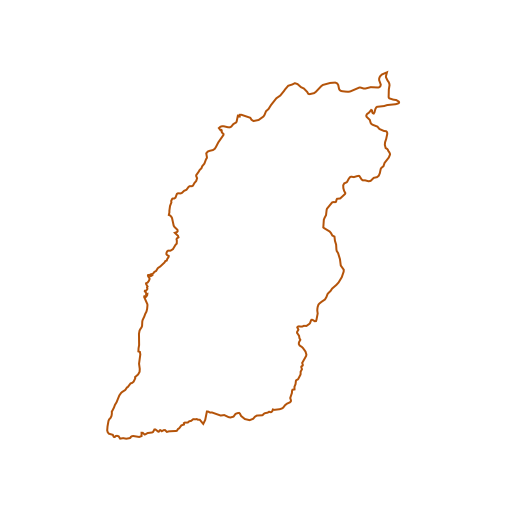 outline of Shanxi, rotated 12°
{"feature_id": "CHN-1805", "entity_name": "Shanxi", "entity_type": "Province", "adm_level": 1, "iso_a3": "CHN", "parent_name": "China", "parent_adm1": "", "projection": "equal_earth", "projection_center": [112.547, 37.663], "detail": "fine", "context": "isolated", "style": "outline", "palette": "amber", "viewbox_px": 512, "rotation_deg": 12, "n_neighbors": 0, "source": "natural_earth", "source_scale": "10m", "svg_char_len": 6085}
<svg xmlns="http://www.w3.org/2000/svg" viewBox="0 0 512 512"><g transform="rotate(12 256 256)"><path d="M345.9,49.1L345.7,53.0L346.0,54.2L348.2,57.0L349.7,58.4L350.6,59.8L351.1,61.2L351.3,65.5L352.7,73.0L353.1,73.7L353.7,74.1L357.7,74.5L360.8,74.3L363.6,75.3L364.0,75.9L364.0,76.5L363.1,77.4L361.0,78.5L352.9,81.1L350.1,82.7L343.4,84.9L342.7,85.7L342.2,87.4L342.0,90.9L341.5,92.2L340.5,92.0L339.8,91.2L339.2,89.5L338.3,89.2L336.7,92.3L335.2,93.9L334.8,94.9L334.7,96.0L335.3,96.9L339.0,99.2L340.5,102.0L341.5,102.9L342.9,103.4L347.9,104.2L350.3,106.1L355.1,107.1L357.3,106.9L358.1,107.3L358.8,108.4L359.0,109.4L359.0,114.4L358.6,117.9L358.9,120.5L360.4,123.5L361.8,123.9L362.7,124.5L363.8,126.0L364.7,126.7L365.7,128.0L366.0,128.9L365.4,132.1L362.4,138.2L362.0,141.7L360.4,143.6L359.9,144.9L359.9,149.2L359.4,151.9L358.0,153.7L354.9,155.1L352.5,158.7L350.6,159.5L347.0,159.3L344.8,159.8L343.4,159.2L340.5,156.3L340.0,156.2L338.2,156.9L335.3,158.5L332.6,158.6L331.5,159.4L330.6,161.4L329.7,164.5L329.3,165.1L327.2,166.6L326.6,168.7L327.3,171.4L328.6,173.9L330.3,175.9L330.2,176.8L326.4,182.2L323.4,183.2L323.1,184.0L323.0,186.3L322.4,186.8L320.4,187.2L319.3,187.8L315.6,195.0L315.5,196.2L316.0,201.5L315.2,204.2L314.8,206.3L315.9,214.1L316.9,214.6L322.9,216.7L324.5,217.9L326.4,220.1L328.7,220.7L330.1,224.8L332.0,228.2L333.3,232.9L333.9,234.3L335.7,236.1L338.8,241.7L340.9,247.7L344.7,251.2L345.0,253.1L344.3,258.9L342.3,264.7L340.6,267.6L337.2,272.1L336.2,274.7L334.5,277.2L333.9,278.3L333.4,281.5L332.5,284.2L329.6,287.2L327.9,289.3L327.2,290.5L326.9,293.1L327.0,294.8L327.3,296.7L328.3,299.4L328.3,300.4L328.4,305.7L328.2,307.2L327.0,307.6L324.5,306.7L323.5,306.9L323.2,307.6L322.8,310.4L322.3,311.3L319.9,313.9L317.2,314.4L316.1,315.3L314.7,315.7L312.5,315.9L311.5,316.5L311.2,317.2L312.8,319.3L312.0,321.6L312.1,322.6L314.7,325.1L315.6,327.4L316.8,328.8L316.1,331.0L316.0,332.0L316.2,333.2L317.3,334.5L319.7,335.4L321.1,336.3L324.3,339.2L325.8,342.0L325.8,343.4L323.4,351.0L324.5,352.9L324.3,353.7L323.5,354.4L323.3,355.1L324.5,357.2L323.7,359.9L324.2,362.3L324.1,363.1L322.9,367.4L322.6,368.0L321.3,369.0L321.0,369.7L321.3,373.1L320.8,375.9L321.4,378.5L319.5,379.2L319.3,380.6L319.6,382.5L319.0,387.8L320.2,389.9L320.3,391.0L319.6,392.1L317.0,394.0L315.5,395.8L314.1,398.7L313.0,399.8L311.1,400.9L305.9,402.7L304.4,402.6L304.2,404.4L303.4,405.5L302.4,405.8L301.2,405.6L300.0,406.8L297.6,407.8L296.5,408.7L295.6,410.2L295.2,410.5L290.0,411.9L288.3,413.5L287.1,415.8L283.9,417.9L279.0,417.8L274.7,415.6L273.0,413.5L272.1,413.0L270.5,413.6L268.8,414.7L267.4,417.8L264.5,419.3L262.6,419.3L258.0,418.2L254.6,419.4L245.4,418.2L243.7,418.7L241.4,418.1L240.3,418.3L240.4,426.9L239.3,431.2L235.1,427.9L232.9,428.2L232.0,427.8L231.2,428.2L228.5,428.7L226.8,430.8L225.1,431.5L223.9,433.1L220.9,433.8L220.2,434.5L220.6,435.8L218.2,437.2L216.7,440.5L215.7,441.4L215.0,443.3L214.4,443.7L207.3,445.6L205.4,446.6L203.2,445.2L202.0,445.5L200.2,447.0L198.8,446.2L198.2,446.4L197.5,448.0L197.0,448.2L193.7,446.6L192.7,446.8L191.9,449.5L191.1,450.2L186.8,451.7L184.9,453.4L184.1,453.8L182.0,452.5L180.8,452.7L181.5,455.9L179.4,457.3L173.3,457.6L172.1,458.1L171.2,458.9L170.9,460.0L170.3,460.4L167.1,461.7L163.9,461.8L161.1,462.9L159.1,460.9L157.4,460.8L156.3,461.2L155.5,462.4L154.9,462.6L154.3,462.3L153.1,460.7L149.0,460.4L147.6,459.2L146.7,457.5L146.2,453.6L146.0,448.0L146.3,446.4L147.4,444.6L147.9,442.5L147.8,440.3L147.3,438.1L147.7,437.1L148.6,433.7L149.0,430.9L150.0,428.1L151.3,420.8L152.5,418.0L153.3,416.9L156.0,414.2L157.1,411.4L157.8,410.9L159.8,406.7L161.2,405.9L162.4,404.4L163.3,400.8L162.9,399.6L165.3,396.4L166.2,393.5L165.8,390.7L164.0,385.7L163.3,376.3L162.4,374.0L160.8,373.8L160.3,370.6L160.2,367.5L157.7,356.4L157.6,353.4L157.9,352.0L158.9,349.5L159.1,348.1L158.4,343.8L158.4,342.3L159.3,338.5L159.7,335.6L160.4,333.2L160.5,330.4L160.1,326.9L159.8,325.8L155.1,319.3L155.2,318.6L156.7,319.0L157.2,318.3L157.7,316.8L157.6,315.7L156.5,316.3L156.3,314.9L156.5,314.9L155.5,314.4L154.5,313.5L154.6,313.1L155.5,313.0L156.4,311.4L156.6,310.7L155.9,309.3L156.3,308.4L154.5,306.5L154.1,305.6L155.5,304.5L156.4,302.5L156.7,300.5L156.1,299.6L155.0,298.6L154.4,297.8L154.4,297.1L155.2,296.8L157.2,297.6L158.1,296.8L156.7,296.4L156.7,295.9L158.9,294.8L159.9,292.7L161.4,291.4L162.4,288.5L162.9,287.8L164.5,286.2L167.9,281.3L168.4,279.7L169.5,279.2L169.7,278.7L169.8,277.4L170.7,275.2L170.7,274.2L168.6,273.4L167.9,272.7L167.8,271.5L168.1,270.0L169.0,269.0L171.2,268.6L173.3,266.6L175.0,261.7L175.9,260.4L175.4,257.5L174.8,256.2L174.9,255.3L176.3,253.9L175.5,252.5L171.8,250.2L173.8,248.9L174.2,248.0L173.7,246.7L170.3,244.6L169.2,243.5L166.0,236.4L165.4,235.6L163.8,234.3L162.2,234.0L162.2,230.9L161.9,230.2L161.5,224.9L162.1,221.2L161.6,219.8L162.2,217.4L162.5,217.1L164.0,216.8L165.1,215.7L165.7,211.7L166.3,211.1L167.0,210.8L169.2,210.5L170.4,209.7L172.1,207.2L174.2,205.7L175.7,202.4L176.6,201.5L178.7,201.1L179.7,200.3L180.6,197.4L181.9,195.1L182.2,192.1L180.9,190.3L180.7,189.4L182.4,185.5L183.0,183.6L184.4,181.5L184.7,179.4L186.3,176.4L187.0,171.8L187.5,170.6L187.5,169.7L186.0,165.9L187.1,163.9L188.5,162.9L191.9,161.3L193.4,159.7L194.2,157.5L195.5,152.7L199.0,144.4L198.9,143.5L196.9,142.2L196.4,140.5L196.0,139.9L195.2,140.4L193.1,138.6L194.4,136.9L195.9,136.1L197.6,135.8L201.9,135.9L203.6,135.6L204.9,134.6L206.4,131.7L208.8,129.5L209.1,128.6L209.1,122.7L210.5,123.2L211.0,123.0L210.3,122.0L210.5,121.3L212.4,120.9L221.7,122.0L223.3,123.7L225.5,124.5L230.3,122.4L234.3,118.0L235.0,116.2L235.7,112.3L237.7,109.6L239.3,105.2L243.1,97.5L246.4,94.0L249.1,88.7L249.8,87.0L252.1,82.8L255.8,80.7L258.1,78.9L260.9,79.2L264.9,81.5L268.0,82.2L272.0,84.9L273.3,86.4L274.0,86.6L274.9,86.5L279.0,84.6L280.4,83.0L284.5,76.3L285.8,74.8L292.6,71.3L297.4,69.9L299.2,70.2L300.4,71.1L301.0,71.9L302.5,75.3L303.4,76.3L304.5,76.8L305.9,76.9L310.2,76.5L312.7,76.0L314.2,75.3L322.1,69.7L323.2,69.5L326.6,69.8L328.1,69.5L333.1,67.0L340.5,65.8L341.7,65.1L342.4,63.8L342.4,62.4L339.9,58.4L339.6,57.0L339.7,55.6L340.1,54.3L341.4,52.3L345.9,49.1Z" fill="none" stroke="#b45309" stroke-width="2"/></g></svg>